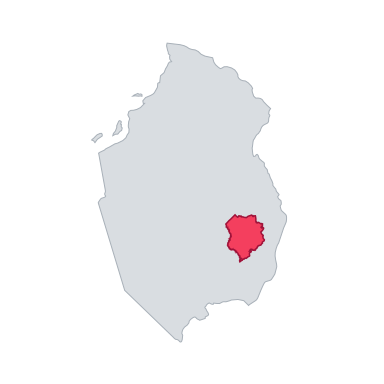 location of Mlele, Katavi, United Republic of Tanzania, rotated 224°
{"feature_id": "72390352B12905062635487", "entity_name": "Mlele", "entity_type": "district", "adm_level": 2, "iso_a3": "TZA", "parent_name": "United Republic of Tanzania", "parent_adm1": "Katavi", "projection": "mercator", "projection_center": [31.658, -6.61], "detail": "fine", "context": "in_parent", "style": "filled", "palette": "rose", "viewbox_px": 384, "rotation_deg": 224, "n_neighbors": 0, "source": "geoboundaries", "source_scale": "gbopen_adm2", "svg_char_len": 8770}
<svg xmlns="http://www.w3.org/2000/svg" viewBox="0 0 384 384"><g transform="rotate(224 192 192)"><path d="M149.0,258.5L145.5,256.6L142.2,255.5L139.6,254.2L138.4,252.9L135.9,252.5L133.8,252.3L131.8,251.1L127.7,250.7L127.3,249.9L127.2,248.2L126.5,247.8L125.0,247.3L123.4,247.4L122.5,247.6L121.9,247.5L120.6,246.5L119.3,245.2L118.9,243.2L117.0,241.9L114.9,240.8L108.9,240.9L107.9,240.6L106.5,239.6L104.9,237.9L103.5,236.0L102.4,233.3L101.1,229.8L94.3,215.6L93.6,212.9L92.3,210.0L90.1,206.3L87.8,203.7L84.6,201.2L81.0,198.8L79.1,197.1L75.4,190.5L74.7,187.4L74.1,184.1L74.4,182.8L76.7,178.7L76.9,177.5L76.6,176.0L75.5,172.7L74.0,168.6L71.1,161.4L70.7,159.5L70.8,158.1L72.5,150.7L72.4,149.7L79.3,149.8L84.3,146.6L88.6,141.7L89.5,139.7L91.3,136.6L93.0,135.1L93.7,134.0L94.7,130.9L97.0,128.8L99.2,127.2L98.7,126.1L99.1,125.6L100.3,124.8L102.6,124.1L103.1,122.4L103.1,120.6L102.7,119.6L102.8,118.4L102.4,117.7L100.9,117.6L98.6,116.7L96.7,116.3L95.4,115.7L94.9,115.3L94.7,114.2L95.7,111.4L94.7,110.2L97.1,105.6L97.5,105.0L98.4,104.9L99.7,104.4L101.0,104.2L102.0,104.4L102.8,104.2L103.5,103.6L104.1,102.0L104.5,99.4L104.3,97.2L103.3,95.6L103.0,93.0L103.5,89.6L103.1,86.7L102.0,84.5L100.9,83.1L99.2,82.5L96.5,79.0L95.7,77.3L95.8,76.3L96.8,75.8L98.5,76.0L100.1,75.6L101.6,74.6L103.1,74.4L103.8,74.5L172.1,74.5L251.9,119.1L252.2,119.6L252.9,123.4L252.7,124.7L251.5,126.9L251.1,128.1L251.1,128.9L251.4,129.2L252.5,129.3L253.4,129.9L253.7,130.3L254.4,131.9L255.2,132.8L285.6,154.7L286.2,155.0L285.8,156.8L284.1,161.3L284.0,163.2L283.3,165.3L282.7,166.8L280.9,173.1L279.5,175.4L277.5,180.9L277.2,185.1L278.3,188.1L278.7,190.9L281.0,193.6L282.9,194.5L284.2,195.8L286.4,198.6L287.7,201.5L291.7,202.9L293.3,206.0L292.7,208.2L290.9,210.1L289.1,213.0L287.7,216.9L287.7,222.8L288.6,221.9L290.7,223.4L291.0,227.7L288.8,232.8L288.1,235.2L288.0,237.2L289.6,243.3L292.1,246.4L291.9,247.4L291.2,248.2L295.4,253.7L295.0,258.5L296.6,262.3L297.3,265.5L298.3,268.0L298.5,269.7L297.2,271.6L300.2,272.1L302.0,273.6L302.8,275.1L305.0,275.0L306.2,276.1L307.9,276.9L311.7,279.4L312.7,280.7L313.3,281.8L302.9,289.7L299.2,291.8L296.5,292.7L293.7,293.2L291.0,294.5L288.4,296.4L285.1,297.4L281.1,297.4L277.0,298.8L270.4,302.9L266.5,300.6L263.5,299.9L260.0,300.0L257.9,300.3L257.1,300.7L256.5,302.1L255.9,304.4L253.7,306.6L249.7,308.7L246.0,309.5L242.6,309.0L240.3,308.1L239.2,306.9L237.4,306.3L235.1,306.4L232.9,307.3L230.8,308.9L227.4,309.6L222.8,309.4L220.3,308.6L219.9,307.3L217.9,305.7L214.2,303.8L211.4,303.8L209.7,305.5L208.1,306.6L206.6,307.1L205.3,307.2L203.4,306.7L198.3,306.5L193.4,306.6L192.9,304.0L191.9,302.5L191.1,301.5L189.4,301.3L188.9,300.6L188.4,299.0L187.5,297.7L186.4,296.5L185.8,295.5L185.6,294.6L185.7,293.5L186.7,290.9L187.1,289.1L187.0,287.3L186.4,285.4L185.3,283.2L185.4,282.6L185.0,281.0L184.9,280.0L185.2,278.6L185.0,276.9L184.0,273.2L184.0,272.2L182.9,270.4L179.7,266.2L179.5,265.6L174.5,261.4L172.4,260.4L171.7,261.2L171.4,262.0L171.7,263.3L171.5,264.0L171.3,264.3L170.1,264.3L169.4,264.1L167.5,263.0L166.0,262.7L162.3,262.9L161.0,263.2L159.9,262.9L158.0,260.9L155.7,260.5L153.6,260.4L150.2,258.2L149.0,258.5ZM292.2,187.4L293.9,192.1L293.7,193.0L292.5,193.5L291.9,193.5L291.2,192.8L290.6,191.2L289.8,191.6L288.2,189.7L286.7,189.6L285.4,187.4L285.9,185.4L285.6,182.1L287.2,180.4L288.1,177.5L289.2,179.5L289.4,182.5L290.9,186.1L292.2,187.4ZM300.3,159.7L300.4,160.8L300.1,161.8L300.1,165.1L300.0,167.3L298.8,170.3L297.7,171.4L296.8,171.1L296.1,170.6L295.5,169.8L296.7,164.2L296.1,160.1L298.4,160.5L300.3,159.7ZM296.9,227.0L295.7,227.3L295.3,227.0L294.5,226.1L295.8,225.3L297.0,223.8L299.9,221.5L301.2,219.8L301.0,221.5L299.4,225.3L298.0,225.5L296.9,227.0Z" fill="#d9dde1" stroke="#a8b0b8" stroke-width="1"/><path d="M126.8,178.0L126.5,177.9L126.5,177.7L126.3,177.7L126.2,177.8L125.9,177.7L125.4,177.7L125.3,177.4L125.1,177.5L125.2,177.3L124.6,177.4L124.7,177.5L124.4,177.5L124.4,177.4L124.3,177.6L124.1,177.6L124.1,177.9L123.9,178.1L123.5,178.4L123.4,178.4L123.2,178.3L123.2,178.6L122.9,178.8L122.9,179.0L122.8,178.9L122.7,178.8L122.4,179.0L122.5,179.1L122.4,179.4L122.2,179.5L121.8,179.7L121.6,179.8L121.2,179.7L120.8,180.0L120.6,180.0L120.5,179.8L120.6,179.7L120.3,179.7L120.2,179.7L120.1,179.8L119.9,180.0L119.8,179.9L119.7,179.6L119.5,179.4L119.4,179.5L119.2,179.3L119.0,179.5L118.8,179.4L118.6,179.5L118.5,179.8L118.4,179.7L118.4,179.8L118.1,179.6L117.9,179.6L117.8,179.8L118.0,179.9L117.9,179.9L117.6,179.8L117.3,179.7L116.3,179.8L115.5,179.1L115.3,179.0L115.0,179.2L114.0,178.8L113.7,179.3L113.4,179.3L112.7,178.9L112.5,178.1L112.4,178.0L112.2,178.2L111.9,178.2L111.6,177.9L111.3,178.0L110.9,178.4L110.7,178.4L110.4,178.5L110.4,178.3L110.7,178.0L110.7,177.6L110.6,177.3L110.3,177.1L110.3,176.9L110.6,176.7L110.2,176.4L110.3,175.9L110.2,175.8L109.8,175.7L109.5,175.2L109.1,175.0L108.9,175.7L109.0,175.9L109.0,176.4L108.9,176.5L109.0,176.7L108.7,177.2L108.8,177.5L108.5,177.8L108.4,177.9L108.4,178.0L108.7,178.5L108.7,178.9L108.5,179.3L108.4,179.3L108.2,179.5L107.9,179.9L108.2,180.3L108.2,180.6L107.8,180.9L107.7,181.3L107.4,181.7L106.9,182.0L106.8,182.8L106.8,183.3L106.7,183.5L106.7,184.2L106.4,185.1L106.2,185.4L106.1,185.8L106.2,186.1L106.4,186.4L107.7,187.3L108.0,187.8L108.2,188.0L108.4,188.4L108.2,188.9L108.4,189.3L107.9,189.5L108.1,190.1L108.0,190.3L108.3,190.5L108.7,190.1L109.0,190.2L109.4,189.8L109.6,189.6L109.6,189.9L109.8,190.2L110.1,191.2L110.0,191.3L109.5,191.5L109.7,192.0L108.6,192.6L108.3,192.2L108.2,192.2L107.9,192.4L107.7,192.7L107.4,192.7L107.3,192.8L107.2,193.0L106.9,193.5L106.7,193.6L106.2,193.7L106.1,194.3L106.3,194.5L106.4,194.8L106.6,194.9L106.4,195.6L106.5,195.9L106.4,196.1L106.3,196.4L106.5,196.7L106.4,197.0L106.5,197.2L106.6,197.3L106.6,197.6L106.6,197.8L106.9,198.0L107.0,198.2L107.0,198.4L107.1,198.7L106.9,199.1L106.7,199.4L106.8,199.5L106.6,199.9L106.7,200.1L106.3,200.6L105.6,201.6L105.7,202.5L105.8,202.7L105.9,203.2L105.8,203.6L105.8,204.1L106.1,204.2L106.6,204.8L106.5,205.5L106.2,207.1L106.9,208.0L107.3,208.0L108.2,208.0L108.9,208.3L109.8,209.0L110.4,209.3L110.3,209.8L110.7,210.3L111.1,210.2L111.3,210.2L112.3,210.3L112.5,210.2L112.9,210.2L113.2,210.3L113.4,210.5L113.9,210.6L114.2,210.9L114.5,210.9L114.7,211.0L114.6,212.7L114.6,213.2L114.9,214.9L115.1,215.4L115.4,215.8L116.6,215.8L116.6,214.8L116.7,214.6L117.2,214.6L117.6,214.5L117.7,215.0L117.8,215.3L118.0,215.4L117.8,215.6L117.8,216.1L117.9,216.7L118.3,217.1L118.6,217.1L118.7,217.5L119.0,218.0L119.3,218.2L119.6,218.2L119.6,218.3L119.7,218.0L119.6,217.7L120.0,217.6L120.0,217.4L120.5,216.9L120.8,216.8L121.4,216.8L122.3,216.5L122.8,216.5L123.1,216.3L123.1,216.1L123.5,215.6L123.7,215.3L123.9,215.2L124.1,215.2L124.3,215.2L124.2,215.3L124.5,215.4L124.4,215.3L124.5,215.3L124.5,215.1L124.5,214.9L124.5,214.7L125.3,215.0L126.0,215.5L126.3,215.9L126.6,216.2L127.6,217.2L129.0,218.3L129.9,218.9L130.2,218.6L130.3,218.3L130.7,218.0L130.8,217.9L130.9,217.5L130.9,216.9L131.1,216.7L131.3,216.7L131.4,216.8L131.5,217.2L131.7,217.3L132.2,216.8L132.8,216.9L133.1,216.8L133.2,216.5L133.3,216.3L133.4,216.1L133.6,215.9L133.6,215.7L134.2,214.7L134.8,213.5L135.1,211.4L135.5,211.0L135.9,210.8L136.1,210.6L137.0,209.9L137.7,209.7L138.9,208.8L139.1,208.7L139.4,208.8L139.7,208.8L139.6,208.4L139.8,208.4L140.1,208.3L140.4,208.2L140.6,208.0L140.9,208.1L141.1,207.8L141.7,207.5L141.8,207.3L141.8,207.1L141.5,206.2L141.7,205.5L143.8,205.4L145.2,205.5L145.3,200.2L145.3,199.7L145.4,198.1L145.5,197.1L145.4,194.5L145.4,192.5L145.0,192.2L144.9,192.3L144.7,192.1L144.4,192.1L144.1,192.0L143.9,191.7L143.4,191.5L143.3,191.0L143.1,191.0L143.0,190.8L142.9,190.9L142.4,190.8L142.1,190.8L141.9,191.0L141.9,190.9L141.7,190.8L141.5,190.6L141.4,190.6L141.2,190.5L140.9,190.4L140.1,190.5L139.9,190.2L139.7,190.3L139.7,190.2L139.4,190.2L139.4,190.4L139.1,190.2L138.8,190.3L138.8,190.2L138.6,190.2L138.5,189.9L138.4,190.0L137.9,189.6L137.8,189.3L137.1,189.0L136.9,189.0L136.9,188.8L136.8,188.7L136.4,188.6L136.1,188.7L135.9,188.7L135.6,188.6L135.6,188.8L135.3,188.9L135.1,188.6L134.9,188.5L134.8,188.4L134.7,188.4L134.4,188.3L134.4,188.1L134.2,187.9L133.8,187.9L133.6,187.7L133.4,187.5L133.5,187.4L133.3,187.3L133.4,187.1L133.2,187.1L133.1,186.8L132.9,186.8L133.0,186.4L133.0,186.2L132.8,186.0L132.6,185.9L132.7,185.4L132.7,185.1L132.5,184.8L132.4,184.9L132.2,184.5L132.0,184.4L132.2,184.2L131.9,184.2L131.9,183.7L131.7,183.6L131.4,183.5L131.5,183.4L131.6,183.2L131.4,182.9L131.5,182.6L131.3,182.6L131.2,182.5L131.1,182.3L131.0,182.0L130.8,181.8L130.8,181.7L131.0,181.7L130.8,181.5L130.8,181.2L130.8,180.8L130.9,180.7L130.8,180.4L130.6,180.0L130.4,179.8L130.2,179.9L129.9,179.7L129.7,179.1L129.7,178.9L129.6,178.5L129.5,178.4L129.2,178.4L128.9,178.3L128.5,178.2L128.3,178.0L128.1,178.2L127.8,178.1L127.6,178.0L127.4,178.1L127.1,177.8L126.8,178.0Z" fill="#f43f5e" stroke="#9f1239" stroke-width="1.5"/></g></svg>